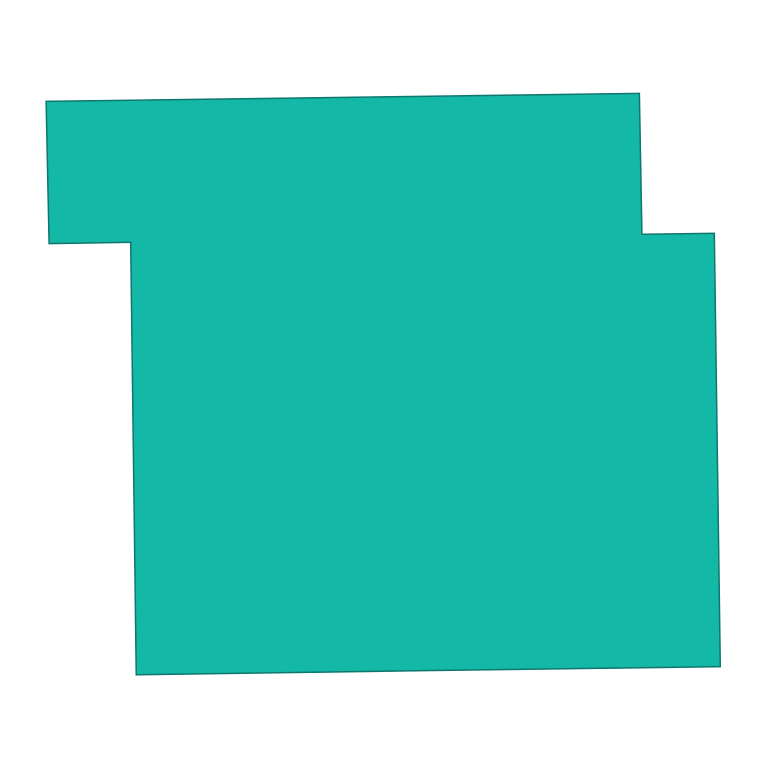 the district of Sac, Iowa, United States of America, rotated 359°
{"feature_id": "52423323B56975486927627", "entity_name": "Sac", "entity_type": "district", "adm_level": 2, "iso_a3": "USA", "parent_name": "United States of America", "parent_adm1": "Iowa", "projection": "equal_earth", "projection_center": [-95.091, 42.386], "detail": "fine", "context": "isolated", "style": "filled", "palette": "teal", "viewbox_px": 768, "rotation_deg": 359, "n_neighbors": 0, "source": "geoboundaries", "source_scale": "gbopen_adm2", "svg_char_len": 287}
<svg xmlns="http://www.w3.org/2000/svg" viewBox="0 0 768 768"><g transform="rotate(359 384 384)"><path d="M715.3,672.5L716.9,239.1L644.5,238.8L644.4,97.9L51.1,95.5L51.6,237.8L133.2,237.9L131.2,670.4L423.4,671.3L715.3,672.5Z" fill="#14b8a6" stroke="#0f766e" stroke-width="1.5"/></g></svg>